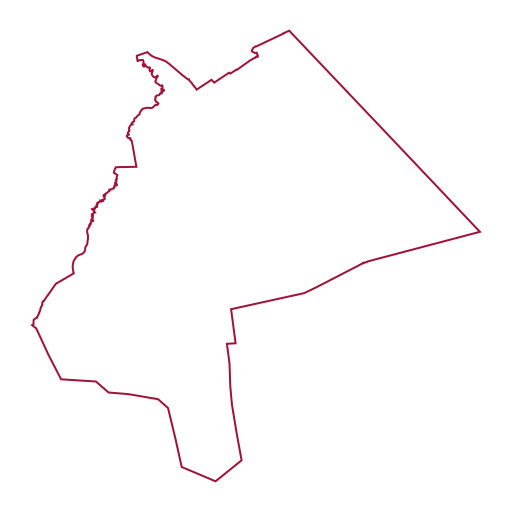 the district of Aa en Hunze, Drenthe, Netherlands
{"feature_id": "6326949B44247735625274", "entity_name": "Aa en Hunze", "entity_type": "district", "adm_level": 2, "iso_a3": "NLD", "parent_name": "Netherlands", "parent_adm1": "Drenthe", "projection": "orthographic", "projection_center": [6.676, 52.981], "detail": "fine", "context": "isolated", "style": "outline", "palette": "rose", "viewbox_px": 512, "rotation_deg": 0, "n_neighbors": 0, "source": "geoboundaries", "source_scale": "gbopen_adm2", "svg_char_len": 5706}
<svg xmlns="http://www.w3.org/2000/svg" viewBox="0 0 512 512"><path d="M390.7,137.6L289.2,30.7L283.6,33.2L283.8,33.4L256.1,46.5L255.7,46.6L255.3,46.4L252.9,48.3L252.2,50.0L251.7,50.8L252.1,51.5L255.1,53.1L255.8,52.9L256.2,52.7L256.7,52.7L256.9,53.1L257.3,54.4L257.6,54.8L257.8,55.4L257.9,56.2L257.7,56.8L257.3,56.9L256.5,56.4L256.3,56.5L256.0,56.7L255.8,57.3L255.4,57.7L254.6,57.9L252.6,58.9L250.9,60.1L250.0,60.5L238.1,69.0L236.8,69.8L236.5,69.6L230.3,73.6L229.1,72.7L214.2,82.6L211.5,79.8L196.7,89.6L194.6,86.7L194.4,86.4L194.2,86.5L191.6,82.9L189.8,81.0L188.9,79.3L188.4,79.6L188.1,79.5L183.3,75.9L168.6,63.4L166.0,61.5L162.8,60.0L154.5,57.3L151.6,55.8L149.7,54.3L147.4,52.1L136.8,55.8L136.9,57.5L137.4,59.3L137.3,60.3L137.7,61.0L138.0,61.0L139.0,60.3L139.7,60.1L140.7,60.1L142.7,59.9L143.0,60.1L143.4,61.2L143.5,61.6L143.5,62.7L143.8,63.9L143.5,64.3L142.8,64.4L142.7,64.8L143.1,65.9L143.5,66.4L144.1,66.6L144.5,66.3L144.6,65.8L144.4,64.3L144.5,64.1L145.1,64.5L145.4,65.2L145.9,65.9L147.3,67.2L148.0,67.5L149.7,67.4L150.0,68.0L150.0,68.4L149.9,68.8L149.4,69.6L149.4,69.8L149.9,70.7L150.1,71.3L151.4,71.4L151.8,70.6L152.3,70.0L152.7,70.0L152.7,70.6L152.5,71.7L151.6,73.7L151.7,74.1L152.3,75.2L152.6,75.9L154.0,77.3L154.5,77.4L155.9,77.0L156.4,76.7L157.1,75.9L157.4,75.7L157.6,75.8L157.8,76.1L157.6,76.6L157.3,77.2L156.2,78.4L156.0,80.1L155.3,81.5L155.4,81.9L156.5,83.1L158.2,84.0L160.5,85.8L160.8,85.8L162.0,85.3L162.3,85.4L162.6,86.8L162.4,87.8L161.3,88.8L161.5,90.3L161.8,90.7L162.2,90.7L162.4,90.3L162.4,90.0L162.4,89.8L162.8,89.5L163.7,89.6L163.9,89.9L164.0,90.4L163.8,90.8L162.9,91.3L161.4,91.7L161.3,92.1L161.7,92.5L162.0,93.0L161.9,93.3L161.3,93.5L160.4,93.3L160.0,93.5L159.6,94.6L159.3,94.9L158.1,95.4L156.8,95.4L155.4,96.9L155.4,97.2L155.7,97.6L155.7,98.0L155.1,99.4L155.1,100.1L156.0,101.3L156.4,102.1L157.2,102.3L158.4,103.4L158.2,104.0L157.9,104.5L157.5,104.8L157.0,105.0L155.5,104.8L154.8,105.7L153.7,106.6L152.6,107.6L151.9,107.9L149.9,108.0L147.4,107.7L142.9,108.6L142.6,108.8L142.0,109.7L141.0,110.7L139.9,112.5L139.6,113.6L139.5,114.4L138.6,115.0L137.6,115.6L136.8,116.8L136.2,117.5L134.8,118.2L134.3,119.0L134.1,121.1L134.0,121.5L133.6,121.7L132.8,122.0L131.7,123.1L131.6,123.4L131.7,123.6L132.4,123.9L132.6,124.1L132.7,124.4L132.6,124.5L131.4,124.6L131.1,124.8L130.2,125.8L129.8,126.6L129.0,127.9L128.9,128.1L129.0,128.5L129.3,129.2L129.0,130.5L129.4,130.9L129.1,131.3L127.8,132.6L128.1,133.6L128.8,134.3L128.9,134.6L128.5,134.8L128.2,134.7L128.0,134.3L127.8,134.3L127.6,134.8L127.8,135.1L127.7,135.3L127.0,135.6L126.8,135.9L126.8,136.2L127.3,137.1L127.9,137.6L128.1,137.8L130.2,138.1L130.3,138.4L130.1,138.7L130.2,138.8L129.9,138.9L130.2,139.5L131.0,140.3L131.7,140.9L132.4,144.1L134.8,157.9L136.4,166.8L119.9,167.1L115.7,167.3L115.7,167.6L115.7,167.8L114.8,169.1L114.3,171.2L113.8,172.2L114.1,173.0L114.7,173.2L115.4,173.8L116.3,174.2L117.4,175.3L116.8,176.6L116.5,178.0L116.6,178.4L116.9,178.7L116.9,178.9L115.8,180.1L116.4,180.7L116.4,181.3L115.9,182.2L115.1,182.6L115.0,182.8L115.1,183.4L115.3,183.8L115.9,183.8L116.3,183.6L116.5,183.7L116.9,184.7L116.9,185.2L116.5,185.4L115.9,185.0L115.0,184.9L114.6,185.2L114.4,185.8L114.3,186.2L114.6,186.8L113.9,187.2L113.9,188.3L112.3,188.8L111.5,189.5L110.4,189.3L109.3,189.7L109.2,189.8L109.5,190.4L109.6,190.7L109.4,191.1L107.6,192.2L106.8,193.1L106.1,193.3L105.6,193.9L105.1,194.0L104.9,194.6L104.6,195.0L103.7,195.1L103.5,195.7L103.6,195.8L104.2,195.7L104.5,195.4L105.0,195.6L104.6,196.1L104.6,196.6L104.0,196.4L103.9,196.6L104.6,197.9L104.7,198.2L104.6,198.6L104.7,199.0L103.5,199.7L103.5,200.0L103.0,200.5L103.1,200.9L103.0,201.0L102.4,200.8L101.9,201.3L101.6,200.7L101.6,200.4L100.6,201.2L100.4,200.7L100.1,200.6L100.0,201.5L98.2,202.3L97.4,202.9L97.9,203.7L96.9,204.2L97.0,205.2L96.5,205.3L96.3,206.1L96.4,206.4L97.1,206.5L97.1,206.8L96.5,207.1L95.2,207.2L95.1,207.4L95.0,208.3L94.9,208.8L94.3,209.1L94.0,209.4L93.0,209.1L92.9,208.7L91.9,209.1L92.1,209.4L93.2,209.7L94.1,210.6L94.1,210.8L93.8,211.1L94.2,211.4L94.3,211.7L95.0,212.5L94.6,212.6L94.1,212.3L93.3,213.3L93.0,214.3L92.9,214.4L92.6,214.5L92.3,214.2L91.9,214.3L92.1,214.9L92.9,215.6L93.0,215.8L92.7,216.2L92.3,216.0L91.8,216.2L91.8,216.4L92.0,216.7L92.8,217.2L93.0,217.4L92.8,217.9L92.2,218.5L92.0,219.3L91.5,219.3L91.3,219.8L91.8,220.1L92.2,220.0L92.9,220.2L93.2,220.5L93.2,220.9L93.0,221.1L91.4,220.7L91.2,220.8L91.1,222.0L90.7,222.6L90.8,223.2L90.2,223.5L90.0,223.9L90.0,224.4L90.4,224.5L90.0,225.1L89.2,225.2L89.0,226.0L89.4,226.7L89.4,226.9L88.2,228.4L87.8,228.3L87.7,228.4L87.3,229.8L87.1,230.7L87.2,232.5L87.9,235.1L88.0,235.9L88.1,236.6L87.9,239.2L87.8,240.1L87.6,240.6L87.4,243.2L87.2,244.1L86.6,245.3L85.5,247.1L85.3,247.7L85.1,249.7L84.9,250.6L84.5,251.6L84.0,252.4L83.2,253.1L82.3,253.8L78.8,255.1L77.4,256.0L76.3,257.0L75.7,257.8L74.5,259.6L73.7,261.0L73.0,263.6L72.8,265.0L72.7,266.8L72.9,269.5L73.7,273.1L73.4,273.2L73.5,273.5L55.8,283.8L48.8,293.9L46.0,297.7L43.7,301.2L43.3,301.1L42.8,301.5L42.8,302.0L42.4,302.5L42.2,303.0L42.4,303.6L42.4,304.1L42.4,304.5L42.2,304.7L41.5,306.6L41.2,306.7L40.7,308.1L40.5,308.5L40.5,308.9L40.4,309.4L40.0,310.5L40.0,310.9L39.7,311.2L39.4,312.3L39.1,312.6L39.1,313.4L38.4,314.4L38.2,315.2L37.9,315.5L36.9,317.9L36.5,318.1L36.2,317.9L33.7,319.8L33.6,320.2L33.5,322.7L33.6,324.1L32.1,325.1L36.3,328.5L48.5,354.9L61.1,379.3L95.9,381.5L108.6,392.5L128.1,394.1L158.1,399.2L168.0,408.0L175.1,437.2L181.7,467.0L215.5,481.3L241.6,460.3L236.7,433.5L231.9,404.3L230.3,386.4L229.5,363.5L226.9,343.8L235.6,343.3L231.1,309.2L304.2,293.1L316.9,287.0L362.2,263.6L362.8,263.4L362.7,263.2L362.8,262.9L364.3,262.6L364.4,262.8L366.5,262.0L367.5,261.8L367.8,261.4L479.9,231.8L390.7,137.6Z" fill="none" stroke="#9f1239" stroke-width="2"/></svg>